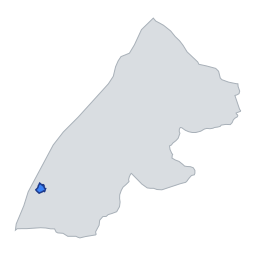 location of Nrokwia-Wesldow, Grand Kru, Liberia, rotated 90°
{"feature_id": "62588387B98873845016712", "entity_name": "Nrokwia-Wesldow", "entity_type": "district", "adm_level": 2, "iso_a3": "LBR", "parent_name": "Liberia", "parent_adm1": "Grand Kru", "projection": "albers", "projection_center": [-8.32, 4.821], "detail": "fine", "context": "in_parent", "style": "filled", "palette": "blue", "viewbox_px": 256, "rotation_deg": 90, "n_neighbors": 0, "source": "geoboundaries", "source_scale": "gbopen_adm2", "svg_char_len": 3156}
<svg xmlns="http://www.w3.org/2000/svg" viewBox="0 0 256 256"><g transform="rotate(90 128 128)"><path d="M18.1,102.7L21.0,100.3L25.2,92.6L31.0,85.3L36.5,80.9L40.8,76.4L45.4,72.9L51.9,68.9L61.9,58.3L64.3,57.1L65.9,49.7L68.4,40.3L71.3,37.4L78.1,35.7L79.7,34.1L82.1,27.5L83.7,19.8L83.8,18.1L86.5,17.9L91.1,16.3L93.7,17.0L94.9,19.2L95.5,21.1L109.4,16.4L110.6,15.4L111.3,15.5L113.0,19.9L114.0,19.6L114.9,18.4L115.8,18.2L116.9,18.8L118.0,20.8L119.7,22.6L122.7,23.9L124.6,25.7L124.4,30.3L125.1,34.8L126.4,35.8L127.1,38.5L127.5,41.5L128.2,43.0L128.7,46.0L128.4,49.2L129.0,51.5L131.2,55.3L132.5,60.2L132.5,63.7L131.7,67.3L130.3,70.6L127.7,74.3L127.5,75.7L129.0,76.6L131.3,76.8L133.3,76.1L138.2,77.8L140.7,80.1L143.0,83.1L145.0,84.6L145.9,86.5L149.4,86.0L153.5,84.2L154.3,83.3L155.5,83.8L158.1,84.0L160.0,80.7L161.4,77.0L164.6,73.0L166.1,71.4L166.5,68.9L166.7,65.5L167.8,62.7L170.4,61.1L173.2,61.1L174.8,61.7L175.5,64.5L177.8,66.6L179.7,68.1L180.7,68.7L182.3,70.3L183.8,76.0L189.8,94.1L189.5,99.1L188.3,102.4L188.3,105.6L187.9,108.8L184.2,114.0L173.4,124.6L174.2,125.5L176.8,126.7L179.5,127.4L181.6,127.0L184.3,129.7L187.2,133.0L190.3,134.7L194.8,136.3L198.7,136.4L202.0,135.9L206.7,136.5L211.7,139.3L213.4,143.8L214.6,147.8L216.4,149.8L216.6,153.2L220.2,156.3L225.2,156.9L231.8,160.4L233.4,160.2L234.1,159.8L234.9,160.4L236.6,170.7L237.9,176.1L237.2,178.3L236.3,180.0L236.3,188.2L233.3,193.0L232.9,198.2L232.0,199.9L228.9,201.4L228.8,205.4L228.0,210.2L227.7,215.3L228.6,228.7L228.7,238.8L230.2,240.6L224.0,239.8L205.8,232.2L191.8,227.8L145.0,202.8L132.0,192.7L117.1,177.8L83.8,147.6L76.3,142.7L66.7,140.4L60.8,137.8L56.6,135.0L53.2,126.6L44.9,121.6L29.6,114.5L18.1,102.7Z" fill="#d9dde1" stroke="#a8b0b8" stroke-width="1"/><path d="M193.2,216.9L193.1,216.6L192.9,216.4L192.8,216.1L192.7,215.9L192.6,215.7L192.5,215.3L192.3,214.9L192.2,214.7L192.0,214.4L191.9,214.0L191.8,213.8L191.8,213.7L191.7,213.5L191.6,213.4L191.5,213.2L191.3,212.9L191.1,212.6L191.0,212.4L190.9,212.4L190.9,212.2L191.0,212.1L191.3,211.9L191.5,211.7L191.4,211.6L191.4,211.4L191.1,211.2L190.9,211.2L190.6,211.0L190.3,211.0L190.1,210.9L189.9,210.9L189.5,210.7L189.4,210.7L189.2,210.6L188.9,210.6L188.7,210.5L188.7,210.8L188.5,211.0L188.4,211.1L188.3,211.3L188.1,211.4L188.1,211.5L187.9,211.6L187.6,211.6L187.4,211.6L187.4,211.8L187.2,211.8L186.9,211.8L186.6,211.9L186.4,212.0L186.2,212.3L186.2,212.2L185.8,212.0L185.7,212.1L185.4,212.1L185.3,212.3L185.1,212.3L184.9,212.4L184.8,212.5L184.8,212.8L184.7,212.9L184.7,213.1L184.7,213.3L184.7,213.5L184.8,213.8L184.7,214.0L184.6,214.4L184.5,214.6L184.4,214.7L184.3,214.9L184.0,215.3L183.6,215.6L183.5,215.8L183.3,216.1L183.1,216.3L183.4,216.5L183.6,216.6L184.0,216.7L184.3,216.8L184.6,217.0L184.8,217.1L185.1,217.3L185.4,217.5L185.6,217.6L185.9,217.7L186.2,217.7L186.5,217.8L187.0,218.0L187.3,218.1L187.5,218.1L187.8,218.3L188.0,218.4L188.2,218.6L188.5,218.9L188.9,219.2L189.0,219.3L189.1,219.5L189.4,219.8L189.7,220.1L189.8,220.2L190.0,220.1L190.6,219.6L190.8,219.4L191.0,219.2L191.3,219.0L191.6,218.7L191.8,218.4L192.2,218.0L192.4,217.8L192.4,217.5L192.8,217.2L193.0,217.0L193.2,216.9Z" fill="#3b82f6" stroke="#1e3a8a" stroke-width="1.5"/></g></svg>